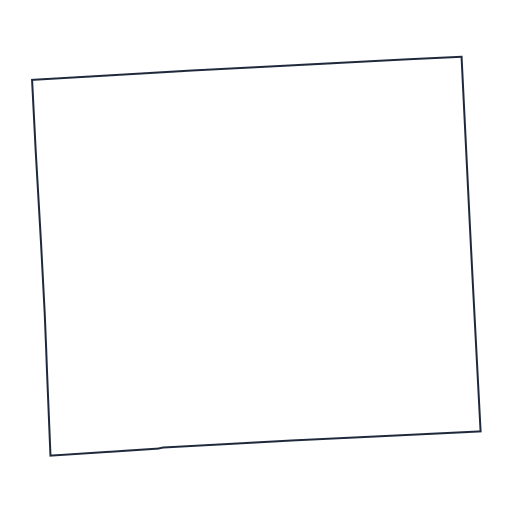 Tippecanoe, Indiana, United States of America (Albers equal-area conic projection), rotated 267°
{"feature_id": "52423323B85350878130574", "entity_name": "Tippecanoe", "entity_type": "district", "adm_level": 2, "iso_a3": "USA", "parent_name": "United States of America", "parent_adm1": "Indiana", "projection": "albers", "projection_center": [-86.889, 40.389], "detail": "fine", "context": "isolated", "style": "outline", "palette": "slate", "viewbox_px": 512, "rotation_deg": 267, "n_neighbors": 0, "source": "geoboundaries", "source_scale": "gbopen_adm2", "svg_char_len": 370}
<svg xmlns="http://www.w3.org/2000/svg" viewBox="0 0 512 512"><g transform="rotate(267 256 256)"><path d="M444.2,471.7L444.5,417.4L444.5,364.2L444.6,202.1L443.6,41.6L372.2,41.5L280.3,42.0L209.9,42.0L174.4,41.6L156.0,41.3L67.4,40.3L68.8,148.2L69.6,153.1L69.9,283.2L69.1,471.1L229.0,471.1L282.3,471.2L444.2,471.7Z" fill="none" stroke="#1e293b" stroke-width="2"/></g></svg>